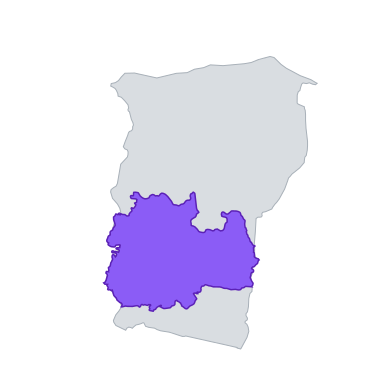 Northern on a map of Ghana (Albers equal-area conic projection), rotated 193°
{"feature_id": "GHA-2155", "entity_name": "Northern", "entity_type": "Region", "adm_level": 1, "iso_a3": "GHA", "parent_name": "Ghana", "parent_adm1": "", "projection": "albers", "projection_center": [-0.881, 9.332], "detail": "fine", "context": "in_parent", "style": "filled", "palette": "violet", "viewbox_px": 384, "rotation_deg": 193, "n_neighbors": 0, "source": "natural_earth", "source_scale": "10m", "svg_char_len": 8569}
<svg xmlns="http://www.w3.org/2000/svg" viewBox="0 0 384 384"><g transform="rotate(193 192 192)"><path d="M236.1,44.8L239.0,47.6L239.7,49.2L238.6,55.2L236.5,59.5L235.1,63.5L235.3,65.5L236.6,67.4L241.1,70.6L243.4,72.6L246.1,75.6L249.2,78.6L254.6,82.5L256.8,83.2L256.7,84.3L256.0,85.8L255.6,100.4L255.2,104.1L254.8,106.0L254.3,111.5L253.7,112.3L252.7,112.2L251.8,112.4L251.6,113.5L252.0,114.6L255.2,115.4L254.5,116.2L252.1,117.0L251.0,118.6L251.5,120.5L250.2,122.0L250.5,123.0L251.4,123.7L252.8,123.5L256.5,120.9L258.1,120.6L260.0,121.2L263.7,125.0L263.8,126.9L262.4,133.3L261.0,138.2L260.7,144.8L262.3,148.5L262.1,150.6L260.4,152.3L256.7,154.9L257.0,156.6L258.7,159.9L261.9,163.5L268.0,167.9L271.3,173.7L271.4,176.1L269.5,178.5L267.3,180.6L266.6,183.5L267.7,203.1L262.8,211.6L262.8,214.0L263.3,216.8L264.6,218.5L267.1,218.9L269.1,220.6L268.4,226.5L267.4,232.6L267.2,235.5L266.6,236.9L264.7,238.1L264.0,240.0L264.5,242.3L264.1,244.1L265.2,246.3L267.4,249.1L271.0,256.1L272.4,256.7L273.0,258.1L272.6,259.6L274.0,262.6L278.0,265.7L282.2,268.4L285.6,268.8L286.4,271.2L288.7,274.2L290.3,275.6L292.8,276.4L295.0,276.9L295.1,279.5L291.3,281.3L288.7,284.0L286.8,288.1L284.1,292.6L274.7,295.0L271.2,295.0L251.9,295.2L234.0,304.1L223.6,307.2L217.2,312.2L208.6,315.8L202.7,320.0L190.2,322.1L169.8,328.8L163.4,331.5L156.9,336.1L146.4,341.6L142.3,341.5L134.0,336.4L127.9,333.8L112.7,329.7L101.4,328.2L96.0,326.4L94.5,326.1L95.8,324.3L98.9,324.2L102.2,324.8L104.8,323.4L108.4,323.2L109.4,321.8L109.7,318.1L109.7,315.1L111.0,313.7L111.3,310.2L109.6,302.4L108.3,301.5L101.7,300.3L101.3,298.8L100.1,297.1L98.8,293.1L97.4,287.1L95.2,279.6L90.8,267.3L89.8,263.0L89.1,258.6L88.9,253.3L89.9,251.3L89.7,248.6L89.3,245.9L92.5,239.7L98.6,232.0L99.9,229.3L101.1,227.4L101.3,224.6L102.4,215.7L105.4,205.0L107.2,200.9L108.5,198.7L110.0,195.1L110.4,193.4L116.0,189.3L118.6,188.1L119.1,186.5L118.3,184.6L118.7,183.4L120.0,182.8L122.1,182.3L123.6,180.6L121.3,167.3L119.4,154.0L119.3,152.9L118.2,151.0L117.1,145.6L115.2,142.4L112.6,141.4L112.6,138.4L115.3,133.3L116.0,130.3L114.8,129.4L114.6,127.1L115.5,123.3L115.1,121.0L114.6,118.6L111.9,112.7L111.2,108.6L112.7,106.2L112.7,101.0L111.2,92.9L111.0,87.7L112.0,85.6L111.5,83.6L109.6,81.6L109.4,79.8L111.1,77.9L110.9,76.5L108.8,75.5L106.9,73.0L105.3,69.0L105.7,62.7L108.9,51.0L109.3,50.0L112.9,50.1L112.9,50.6L124.0,50.6L136.7,50.5L152.0,50.4L165.8,50.3L166.4,49.8L168.7,49.1L182.6,50.3L191.4,49.7L195.1,50.1L197.8,50.9L203.8,50.4L207.0,50.7L209.4,53.6L210.4,53.6L211.8,52.4L214.2,51.0L216.6,49.9L218.4,47.6L219.5,45.8L221.1,46.2L223.3,46.1L224.9,44.6L225.5,42.4L236.1,44.8Z" fill="#d9dde1" stroke="#a8b0b8" stroke-width="1"/><path d="M235.1,64.2L234.8,65.4L234.7,66.3L235.2,67.3L236.1,67.9L237.7,68.2L238.8,68.9L240.6,69.7L241.9,71.6L244.3,73.1L245.1,73.9L247.6,78.5L247.9,78.4L248.4,77.7L250.0,78.3L251.4,77.8L251.9,77.9L252.3,78.3L252.3,78.8L252.1,79.7L252.6,80.6L253.4,81.3L253.9,82.0L253.5,83.0L256.2,82.6L257.6,83.6L256.4,84.5L256.1,86.0L255.8,86.6L255.8,88.2L255.6,91.5L256.1,92.7L257.5,93.5L257.7,94.4L257.5,95.3L255.4,95.5L255.7,96.0L255.4,97.0L256.4,99.3L256.4,99.7L255.5,100.7L255.1,101.4L255.0,102.0L255.2,104.4L254.2,108.1L254.3,108.9L255.2,110.3L255.4,111.0L255.5,111.8L255.4,112.6L254.9,113.2L254.1,113.3L253.3,112.9L252.1,111.6L251.4,112.9L251.4,114.3L252.2,115.3L253.6,115.4L255.5,114.9L256.4,115.1L256.8,116.1L256.5,116.7L255.7,116.9L254.9,116.8L254.3,116.4L253.4,116.9L252.3,117.0L250.0,116.7L249.7,118.4L249.8,118.8L251.1,119.6L252.3,119.4L252.9,119.4L253.3,119.9L253.1,120.4L252.6,120.8L251.8,121.1L249.9,121.5L249.9,122.2L250.2,122.9L249.9,123.4L250.1,124.1L250.9,124.2L251.8,124.0L253.9,123.2L254.2,122.9L254.4,122.5L254.6,121.6L254.8,121.2L255.5,120.9L258.4,120.6L259.3,120.7L261.7,121.6L262.0,122.1L262.1,122.5L261.7,123.6L263.1,124.1L263.9,124.9L264.2,125.9L263.8,128.3L263.7,129.7L263.5,130.3L262.2,131.5L262.1,132.4L262.7,134.1L262.7,134.9L262.2,135.8L261.1,136.8L260.8,137.2L260.6,139.4L259.8,140.9L259.4,142.3L260.0,143.8L262.2,147.6L262.8,149.9L261.8,151.3L261.6,151.9L261.4,153.3L260.9,153.5L259.4,153.2L258.9,153.4L259.1,153.6L258.8,154.4L258.3,154.9L257.8,153.8L257.3,153.6L256.7,153.7L256.4,154.2L256.5,154.8L254.7,154.5L252.3,154.9L250.2,154.0L249.5,154.1L248.4,154.6L248.1,154.9L248.0,155.5L248.3,155.9L248.3,156.4L247.5,158.3L246.5,159.5L246.3,160.2L246.8,161.3L247.4,162.0L247.6,162.4L247.5,162.7L247.4,162.9L247.0,163.1L245.8,162.7L245.2,163.0L244.4,164.5L243.9,165.9L243.9,167.0L244.2,167.3L245.1,167.7L245.4,168.3L245.0,168.7L244.2,169.0L243.8,169.3L243.7,169.7L244.0,171.0L243.9,171.8L244.0,172.2L244.4,172.4L245.4,172.6L249.5,172.0L250.1,172.3L250.9,173.5L250.9,174.3L250.7,174.7L250.4,174.9L248.7,175.0L248.3,175.4L248.7,178.0L248.7,178.5L247.5,179.0L245.6,179.2L244.3,179.2L243.8,178.8L241.7,176.6L240.0,175.6L238.3,175.0L237.2,174.8L236.2,174.8L234.2,175.5L232.6,176.7L232.3,177.4L232.4,178.1L231.8,179.2L231.6,179.4L231.0,179.7L230.5,180.3L230.1,180.6L229.3,180.7L228.5,180.7L227.2,180.1L226.7,180.0L225.0,180.6L223.8,180.5L223.2,181.0L222.3,183.0L221.3,184.0L220.0,184.2L218.1,183.9L217.2,183.6L214.6,182.1L209.8,178.2L208.7,176.8L207.9,176.0L207.4,175.6L206.8,175.5L204.3,175.8L202.8,175.6L201.8,175.6L201.3,175.9L199.8,177.6L198.3,178.2L197.5,178.8L197.1,179.3L196.1,181.7L195.1,182.7L194.5,183.0L192.6,183.5L192.3,183.8L191.9,184.5L191.8,185.3L191.9,185.8L192.9,187.7L192.9,189.4L192.7,189.9L191.8,190.5L190.9,192.0L190.5,192.1L189.1,191.4L188.8,190.9L183.9,177.1L182.8,175.4L181.5,174.6L180.8,173.8L181.1,173.2L182.6,171.5L182.7,169.4L183.1,168.4L185.7,165.9L186.7,164.2L186.7,163.5L186.5,162.7L185.8,161.2L185.3,159.4L184.7,159.1L183.0,159.1L181.2,158.6L178.5,156.9L176.9,155.4L176.3,155.0L175.2,154.8L172.8,154.9L171.6,155.1L170.7,155.7L170.3,156.3L169.9,158.2L169.6,158.5L168.3,159.1L166.1,159.3L163.0,158.8L161.9,159.3L161.4,160.4L160.9,160.8L159.0,161.6L155.5,160.5L153.6,161.3L153.0,162.1L152.6,163.0L152.4,163.9L152.5,167.8L152.4,168.6L151.9,169.6L151.0,170.8L151.4,172.0L151.5,172.9L152.2,174.3L152.7,174.7L154.4,175.0L156.2,174.9L157.6,175.2L158.4,177.0L158.4,177.8L158.3,178.7L157.8,179.3L156.9,179.5L155.9,179.3L154.1,178.4L153.0,178.3L152.0,178.7L150.3,180.8L149.5,182.1L149.0,182.5L144.6,183.4L142.6,183.4L140.9,183.0L140.1,182.3L138.9,180.2L137.5,179.5L136.2,177.9L135.6,177.2L134.2,176.4L133.8,175.8L133.5,172.8L133.0,171.2L132.2,169.3L131.3,169.0L130.9,168.0L130.3,167.3L129.9,166.6L130.2,165.7L129.0,163.2L127.9,162.5L127.3,160.9L125.6,159.6L124.2,157.0L123.6,156.4L122.9,156.4L121.1,154.3L119.6,153.6L119.5,153.4L118.8,153.8L118.5,153.4L118.7,152.8L119.5,152.2L119.6,151.6L118.6,148.3L118.5,147.1L117.6,146.7L116.9,144.5L116.9,143.6L116.6,142.8L115.4,142.2L114.3,141.9L112.4,141.8L111.3,140.9L111.8,140.3L112.0,139.5L112.1,137.2L112.3,136.8L113.2,135.8L114.6,133.3L116.1,132.5L116.6,131.7L116.7,130.8L116.0,130.4L115.2,130.2L114.5,129.7L114.2,129.0L114.2,128.1L114.7,127.5L115.9,126.8L116.1,126.0L116.1,124.8L115.9,123.6L116.1,122.1L116.0,121.5L113.7,118.5L112.1,117.0L111.9,116.5L111.9,115.0L112.1,114.3L112.5,113.6L113.1,113.1L112.9,113.0L118.5,112.1L119.2,111.4L119.9,110.5L121.8,109.7L122.7,107.9L123.5,107.4L124.9,107.0L127.8,106.9L132.0,105.6L136.4,105.9L138.2,105.5L139.3,105.4L142.2,105.8L143.9,105.7L149.9,104.4L152.9,104.6L154.4,104.4L157.0,104.7L158.1,104.7L158.4,104.5L159.3,103.2L159.8,102.9L161.1,102.5L161.4,102.0L161.7,100.3L161.6,99.8L161.2,99.0L161.1,97.7L161.4,96.7L161.8,96.3L163.1,95.7L164.1,95.8L164.5,95.5L164.6,95.1L164.5,94.9L163.5,94.6L163.4,94.3L164.7,94.0L165.4,94.2L166.2,94.3L167.6,93.6L167.7,93.3L167.5,93.0L163.7,89.4L163.4,89.1L163.4,88.8L164.4,86.8L164.6,84.7L165.0,83.4L166.1,82.2L167.9,80.8L168.6,80.2L169.8,78.1L170.4,77.3L170.8,77.0L171.4,76.9L172.3,76.9L175.0,78.2L176.5,78.7L176.8,79.7L177.7,80.5L178.2,81.3L178.9,81.4L180.4,82.2L181.7,82.3L181.9,82.4L182.1,82.9L182.6,83.0L183.5,82.4L183.8,81.9L183.8,80.7L183.4,78.8L183.6,78.1L184.2,77.4L186.1,76.3L186.8,74.8L187.2,74.3L192.4,72.3L193.3,72.1L195.3,72.5L196.0,72.8L197.3,73.0L197.3,73.3L196.4,74.3L196.4,74.5L196.6,74.6L196.9,74.6L197.9,73.9L200.1,71.9L200.5,71.0L200.9,70.5L201.1,69.5L202.6,68.6L202.9,67.2L203.2,67.1L206.4,67.0L207.1,67.3L207.2,68.0L206.9,68.5L206.9,69.0L207.6,69.8L207.8,70.6L207.5,71.3L206.9,72.0L206.8,72.4L207.1,72.8L207.7,72.4L208.3,72.7L208.6,72.7L209.0,72.4L209.5,71.7L210.0,71.5L211.5,71.5L212.2,71.7L212.8,71.6L213.4,71.1L213.9,70.9L214.5,70.9L215.2,71.2L215.7,71.1L216.2,70.5L216.5,68.9L217.1,68.1L217.6,68.1L218.3,68.7L219.8,68.9L220.9,68.6L224.3,67.1L229.0,66.1L231.2,65.9L234.1,64.4L235.1,64.2Z" fill="#8b5cf6" stroke="#5b21b6" stroke-width="1.5"/></g></svg>